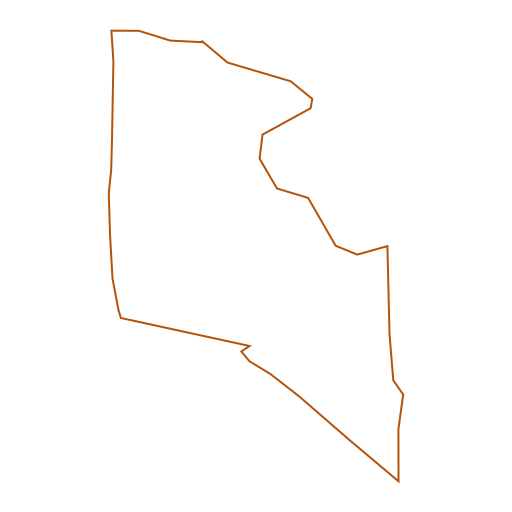 an SVG outline of West Dunbartonshire
{"feature_id": "GBR-2011", "entity_name": "West Dunbartonshire", "entity_type": "Unitary District", "adm_level": 1, "iso_a3": "GBR", "parent_name": "United Kingdom", "parent_adm1": "", "projection": "orthographic", "projection_center": [-4.496, 55.971], "detail": "fine", "context": "isolated", "style": "outline", "palette": "amber", "viewbox_px": 512, "rotation_deg": 0, "n_neighbors": 0, "source": "natural_earth", "source_scale": "10m", "svg_char_len": 633}
<svg xmlns="http://www.w3.org/2000/svg" viewBox="0 0 512 512"><path d="M241.3,351.5L249.5,346.0L120.9,318.0L118.5,310.2L112.5,278.5L110.1,235.9L110.0,234.1L109.4,213.7L108.8,194.1L109.1,190.2L111.2,169.7L111.2,169.4L111.6,154.2L112.0,139.8L113.4,61.4L111.4,30.7L112.5,30.7L138.8,30.8L170.3,40.6L202.7,42.2L202.7,41.7L227.6,62.6L290.7,81.3L312.3,98.9L310.6,108.2L262.5,134.6L259.6,158.7L277.0,188.5L308.1,197.9L335.7,245.8L357.3,254.6L387.4,246.1L389.5,333.9L393.3,380.4L403.2,394.5L398.4,429.3L398.5,471.4L398.5,481.3L349.9,440.4L298.8,396.1L270.2,373.9L249.5,361.3L241.3,351.5Z" fill="none" stroke="#b45309" stroke-width="2"/></svg>